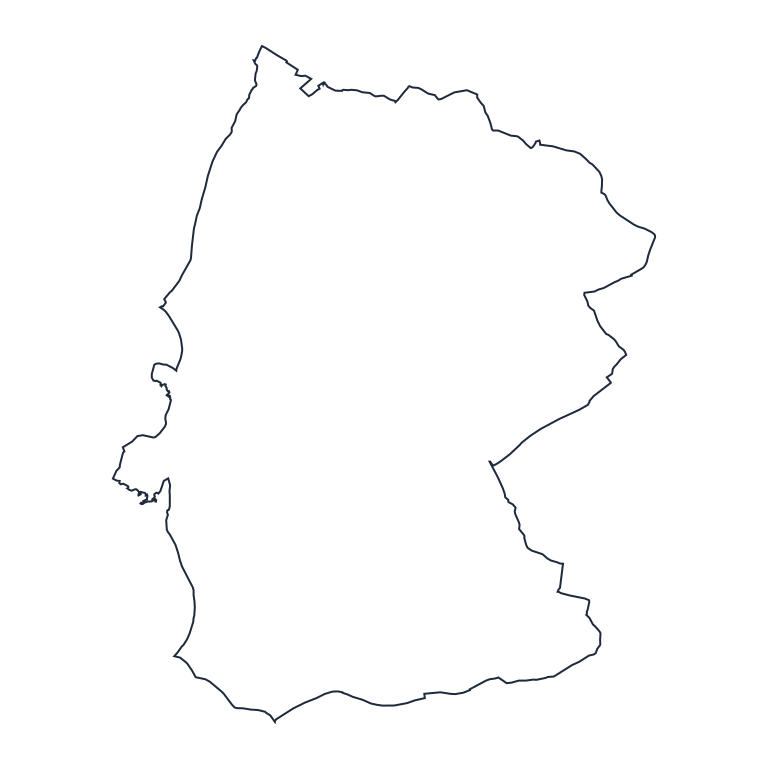 Suatu, Cluj, Romania
{"feature_id": "2599482B22799076285957", "entity_name": "Suatu", "entity_type": "district", "adm_level": 2, "iso_a3": "ROU", "parent_name": "Romania", "parent_adm1": "Cluj", "projection": "albers", "projection_center": [23.957, 46.756], "detail": "fine", "context": "isolated", "style": "outline", "palette": "slate", "viewbox_px": 768, "rotation_deg": 0, "n_neighbors": 0, "source": "geoboundaries", "source_scale": "gbopen_adm2", "svg_char_len": 6054}
<svg xmlns="http://www.w3.org/2000/svg" viewBox="0 0 768 768"><path d="M518.8,522.1L515.2,513.9L514.7,511.3L515.5,508.4L515.5,507.5L512.7,504.3L508.5,502.1L508.3,501.7L508.3,500.0L508.1,499.7L505.3,497.4L504.8,494.1L503.0,488.7L497.6,476.8L489.6,461.7L490.3,461.7L491.9,464.2L493.0,465.2L493.8,465.4L495.6,464.5L499.7,462.0L509.9,454.2L519.6,445.1L521.9,442.5L530.2,435.9L540.6,429.0L559.2,419.0L579.2,409.8L587.8,404.9L589.6,401.7L589.5,401.0L593.6,396.1L610.8,382.9L610.8,382.5L606.8,377.3L611.8,374.0L612.2,373.3L612.8,369.0L614.5,366.5L616.3,364.8L620.6,359.4L626.2,354.9L624.9,351.7L623.5,349.8L618.9,346.4L615.7,341.2L614.0,339.2L608.6,335.0L606.1,333.9L600.1,326.1L597.5,320.9L594.0,310.7L589.8,307.5L588.3,305.6L587.4,301.5L584.2,295.0L584.5,292.8L594.6,291.5L598.3,289.6L603.8,288.0L614.9,282.0L618.2,280.7L621.3,278.7L631.7,275.7L631.2,274.7L641.8,268.6L643.8,267.1L645.2,265.1L646.7,262.2L648.3,255.2L650.3,249.3L655.1,237.3L655.0,235.6L654.4,234.3L651.7,232.2L644.8,228.7L637.7,226.5L633.9,224.6L620.0,215.5L616.7,212.7L609.6,203.7L607.3,199.9L605.7,195.7L604.9,194.7L604.3,194.0L601.4,192.7L601.3,192.1L601.9,186.0L602.1,179.2L601.3,176.0L599.4,171.9L592.3,164.3L589.6,162.8L586.5,159.5L580.1,153.8L574.2,151.4L566.5,150.4L553.3,146.4L540.1,144.7L540.1,143.1L539.4,140.5L535.8,141.7L535.5,143.0L533.6,145.9L532.4,147.3L530.8,148.1L526.2,144.2L523.2,140.7L518.6,137.0L516.8,136.2L510.8,135.6L498.1,130.5L493.1,130.5L492.0,129.4L490.4,123.1L487.7,115.8L485.4,112.5L483.7,105.9L480.9,102.9L477.2,97.6L477.2,94.5L466.9,90.2L454.3,92.4L441.2,99.0L438.3,99.4L434.8,95.1L428.4,93.7L421.5,89.4L418.3,87.9L412.6,87.5L409.4,86.2L408.4,86.8L407.9,87.9L404.4,91.7L397.8,100.0L395.4,102.2L394.9,100.9L389.8,99.4L384.0,95.8L381.7,95.7L375.7,96.4L374.3,95.9L369.8,93.0L362.2,92.2L356.9,90.3L351.6,89.8L347.6,90.2L343.3,89.8L342.4,90.2L342.0,90.9L335.3,90.6L327.7,86.9L326.0,84.5L325.2,84.3L324.6,82.5L323.9,82.3L323.3,83.0L323.0,84.3L322.5,83.1L318.3,85.8L319.6,88.7L317.0,90.2L312.2,94.3L308.7,96.2L300.3,88.4L311.2,78.9L305.4,75.7L301.2,76.1L295.6,74.8L297.8,69.8L286.4,62.4L287.0,61.5L286.5,60.7L276.7,55.0L265.5,47.8L261.9,46.1L259.2,51.7L256.9,57.8L256.1,58.2L255.1,60.7L253.7,60.4L255.3,63.9L256.9,65.2L257.3,66.6L256.7,70.9L255.6,73.6L254.9,80.3L256.5,84.3L256.2,85.9L253.2,87.8L252.4,89.4L251.8,89.7L249.3,94.7L249.0,98.1L247.3,99.6L246.2,102.2L242.9,105.2L240.7,107.9L239.9,109.6L237.1,113.7L236.4,115.4L235.2,121.2L231.6,127.9L231.8,131.2L231.5,132.3L230.1,134.5L225.7,138.9L221.6,145.7L217.0,151.9L212.5,161.5L207.9,175.8L205.3,187.4L201.8,199.1L199.8,208.1L196.8,215.9L195.0,224.5L194.0,228.0L191.9,246.0L191.0,257.8L190.5,260.1L181.8,275.5L179.3,280.9L171.8,290.8L170.1,292.1L164.2,299.1L165.4,301.3L165.8,302.7L163.1,306.4L161.9,306.2L160.0,307.3L163.9,309.9L166.1,312.1L169.0,316.1L177.8,330.6L179.0,333.1L181.0,339.7L182.2,348.4L182.1,351.3L181.1,356.8L180.2,359.8L176.5,368.8L176.3,370.7L172.8,368.0L166.3,364.6L163.5,364.6L159.2,363.4L157.1,363.6L155.6,363.9L154.3,364.8L151.8,374.0L151.8,377.6L153.4,380.5L155.4,381.1L156.6,380.7L160.3,382.6L160.8,383.1L160.4,385.0L161.4,386.2L162.1,385.0L164.8,384.1L165.8,384.5L165.4,386.0L166.7,388.0L166.7,389.9L167.9,391.2L168.8,391.0L169.2,391.7L169.3,392.0L168.7,392.1L168.9,393.5L167.1,394.7L166.7,395.4L167.8,395.9L169.8,395.9L170.0,396.5L169.2,397.1L170.3,398.1L170.2,399.3L170.8,399.7L170.9,400.3L168.6,409.3L166.0,414.4L165.5,416.2L165.3,419.0L166.0,422.4L165.9,424.3L164.8,426.7L159.7,433.3L155.4,437.1L153.5,437.5L142.7,435.2L137.4,436.1L132.1,441.6L122.8,447.3L124.4,451.5L123.2,452.5L122.5,454.6L120.0,464.4L119.7,467.3L116.4,470.9L112.9,478.6L116.4,480.5L119.7,481.0L119.3,483.1L120.8,484.3L123.2,483.7L127.7,486.0L128.4,486.9L128.1,487.9L127.3,488.4L129.2,489.8L131.7,490.7L135.3,489.2L136.3,489.3L138.0,490.7L139.3,493.0L138.9,493.6L139.3,493.8L138.3,495.1L138.5,495.5L140.8,494.2L140.7,493.5L139.8,492.2L140.2,491.8L145.0,493.0L145.7,494.0L145.7,495.4L147.0,494.6L147.5,496.0L146.9,498.1L147.0,499.3L143.2,501.1L143.5,502.8L142.4,503.1L141.1,502.7L140.5,503.5L141.6,504.1L143.1,503.8L145.1,502.2L146.6,502.1L147.5,501.4L150.0,501.6L152.1,501.2L152.3,499.2L152.9,498.7L153.4,498.8L153.5,500.3L154.6,499.8L155.4,501.6L156.0,501.6L156.2,500.0L155.6,499.4L154.8,499.2L154.7,498.3L154.0,497.9L154.8,496.6L154.3,494.8L154.4,494.1L156.2,492.8L157.6,492.9L158.3,493.6L160.4,491.0L163.8,480.9L168.2,478.4L170.1,485.2L169.5,491.2L169.8,495.4L169.8,506.1L169.1,509.1L168.5,510.1L167.5,510.2L167.2,510.9L167.1,512.6L167.9,514.8L166.2,520.1L166.8,529.5L167.9,532.0L170.1,535.0L175.5,544.9L178.1,552.9L180.0,560.6L182.1,566.7L192.8,587.4L193.6,590.3L193.6,595.4L194.5,601.5L194.8,607.3L194.3,615.4L193.5,618.4L193.3,621.6L189.6,633.5L187.0,639.4L183.3,645.2L182.0,646.2L177.7,652.3L174.3,656.2L180.1,657.6L186.3,662.6L187.4,663.8L192.0,670.5L195.7,677.2L205.1,679.2L206.6,679.9L209.8,681.7L221.5,691.5L223.7,693.7L232.0,704.7L234.5,707.4L236.6,708.1L243.0,708.3L250.9,709.6L257.9,710.0L265.2,711.8L266.1,712.8L270.3,715.4L274.9,721.9L275.1,720.7L276.2,719.3L293.1,708.5L305.2,702.5L316.2,698.2L324.9,693.9L332.4,691.6L337.9,691.4L342.5,692.3L342.5,692.8L347.6,694.5L352.4,696.7L362.6,699.8L370.9,703.5L376.9,704.8L382.5,705.6L394.3,705.5L407.1,703.1L414.8,700.4L424.8,698.1L424.3,693.8L440.4,692.3L451.0,693.9L455.4,694.1L463.3,692.7L469.9,690.1L469.7,689.3L486.0,680.6L489.5,679.3L495.6,678.4L498.4,677.5L506.7,683.2L511.7,682.6L518.8,680.6L525.9,680.6L533.2,679.6L536.5,679.8L545.8,677.9L547.7,677.0L553.9,676.5L572.0,665.1L579.0,661.9L588.9,655.6L594.0,654.4L595.7,653.1L597.4,648.6L599.9,645.4L600.3,644.4L600.1,639.8L600.5,633.6L600.2,632.5L599.4,631.3L595.9,627.2L592.9,624.4L589.5,618.0L586.3,614.9L586.9,614.1L586.8,612.0L587.8,609.0L589.3,602.0L589.1,600.3L584.9,598.5L569.9,595.5L560.8,593.1L559.1,592.0L557.6,591.8L558.5,589.6L560.0,587.8L563.0,563.7L560.0,563.5L557.2,562.3L550.9,560.5L547.6,558.6L542.5,554.2L531.7,550.6L527.9,548.1L526.4,545.5L525.3,541.8L524.2,537.4L524.5,536.4L524.2,535.3L519.1,529.1L519.6,524.7L518.8,522.1Z" fill="none" stroke="#1e293b" stroke-width="2"/></svg>